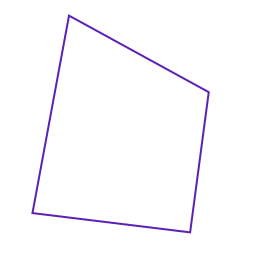 outline of Jwaneng, rotated 10°
{"feature_id": "BWA-5506", "entity_name": "Jwaneng", "entity_type": "Town", "adm_level": 1, "iso_a3": "BWA", "parent_name": "Botswana", "parent_adm1": "", "projection": "robinson", "projection_center": [24.71, -24.561], "detail": "fine", "context": "isolated", "style": "outline", "palette": "violet", "viewbox_px": 256, "rotation_deg": 10, "n_neighbors": 0, "source": "natural_earth", "source_scale": "10m", "svg_char_len": 219}
<svg xmlns="http://www.w3.org/2000/svg" viewBox="0 0 256 256"><g transform="rotate(10 128 128)"><path d="M50.4,27.6L201.3,78.7L207.3,220.0L48.7,228.4L50.4,27.6Z" fill="none" stroke="#5b21b6" stroke-width="2"/></g></svg>